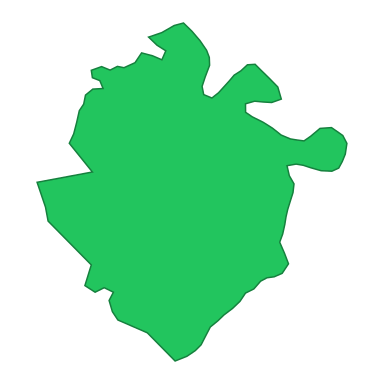 outline of Cristal do Sul, Rio Grande do Sul, Brazil
{"feature_id": "56859067B17915120062012", "entity_name": "Cristal do Sul", "entity_type": "district", "adm_level": 2, "iso_a3": "BRA", "parent_name": "Brazil", "parent_adm1": "Rio Grande do Sul", "projection": "albers", "projection_center": [-53.236, -27.433], "detail": "fine", "context": "isolated", "style": "filled", "palette": "green", "viewbox_px": 384, "rotation_deg": 0, "n_neighbors": 0, "source": "geoboundaries", "source_scale": "gbopen_adm2", "svg_char_len": 1407}
<svg xmlns="http://www.w3.org/2000/svg" viewBox="0 0 384 384"><path d="M148.6,37.1L157.1,45.3L165.8,50.8L161.9,59.8L152.6,55.8L141.6,52.9L135.0,62.7L124.0,67.7L117.4,66.4L110.1,70.1L101.6,66.6L91.3,70.3L92.4,77.7L99.8,80.6L103.1,88.5L92.8,89.1L85.5,95.1L83.7,104.1L79.3,110.7L76.7,122.3L73.7,133.9L69.3,143.3L92.4,172.0L37.1,182.3L45.5,207.1L48.1,221.1L91.3,264.9L84.9,285.6L95.1,292.2L104.2,287.7L113.4,292.2L109.1,300.5L112.4,311.7L117.9,320.0L147.3,332.8L175.1,361.0L186.9,356.3L195.3,350.6L201.1,344.8L204.9,337.4L210.3,327.0L218.0,320.7L223.9,315.0L232.7,308.3L240.0,301.3L245.5,293.1L253.9,288.9L260.6,281.2L266.9,277.8L274.2,276.8L282.2,273.3L288.5,263.8L284.5,253.3L279.7,242.2L282.7,234.0L284.8,224.5L286.0,216.9L287.7,209.5L290.4,200.8L293.0,192.6L294.0,183.9L289.3,175.7L287.0,165.7L296.1,164.1L303.3,165.3L310.9,167.8L321.1,170.7L331.9,171.2L338.7,168.1L342.2,161.7L345.3,154.1L346.9,143.4L342.8,135.5L331.5,127.6L320.0,128.4L310.6,136.3L304.0,140.9L297.0,140.0L290.3,138.9L281.1,135.0L272.4,128.1L263.2,122.3L252.2,116.8L245.6,112.3L245.5,103.8L254.6,101.2L263.2,102.0L271.7,102.5L281.3,99.1L277.8,87.0L269.5,78.5L261.1,70.3L255.1,64.3L247.4,64.8L240.8,70.9L234.2,75.1L229.3,80.9L218.5,92.8L211.9,98.0L203.7,94.6L202.1,86.4L205.1,77.2L209.6,65.3L209.3,57.4L206.6,50.3L200.1,40.8L192.0,31.3L183.5,23.0L174.2,25.5L161.8,32.6L148.6,37.1Z" fill="#22c55e" stroke="#15803d" stroke-width="1.5"/></svg>